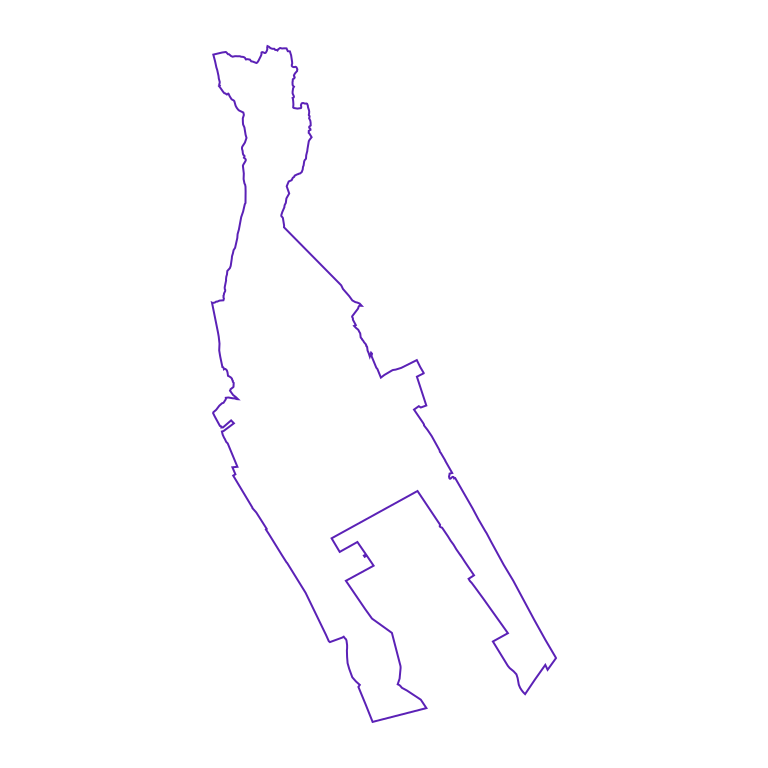 Pietroasele, Buzau, Romania (Albers equal-area conic projection)
{"feature_id": "2599482B21343855806464", "entity_name": "Pietroasele", "entity_type": "district", "adm_level": 2, "iso_a3": "ROU", "parent_name": "Romania", "parent_adm1": "Buzau", "projection": "albers", "projection_center": [26.589, 45.1], "detail": "fine", "context": "isolated", "style": "outline", "palette": "violet", "viewbox_px": 768, "rotation_deg": 0, "n_neighbors": 0, "source": "geoboundaries", "source_scale": "gbopen_adm2", "svg_char_len": 6017}
<svg xmlns="http://www.w3.org/2000/svg" viewBox="0 0 768 768"><path d="M547.6,669.8L556.0,658.1L555.8,657.6L545.4,639.9L534.1,619.6L513.2,580.6L503.7,564.8L491.3,542.1L486.6,533.2L485.2,531.0L478.4,519.3L472.6,508.4L455.2,478.1L454.1,478.4L453.9,477.5L453.4,477.0L452.5,476.9L450.4,478.7L449.8,478.7L449.3,478.0L449.0,476.2L449.3,475.8L449.6,473.6L452.2,473.0L445.3,460.9L445.3,460.6L440.7,452.8L439.9,451.9L439.5,450.2L431.7,436.1L427.5,429.9L424.0,425.4L424.0,424.5L423.0,422.8L414.0,409.6L418.8,406.2L420.8,407.5L426.3,405.5L416.9,376.7L423.7,373.3L423.7,373.0L420.2,367.0L416.8,360.1L401.2,367.9L395.7,369.6L393.0,370.0L391.9,370.5L384.3,375.0L380.9,377.6L377.4,369.0L376.3,367.7L371.5,356.0L372.0,353.7L371.1,352.7L369.8,356.6L368.6,352.9L367.6,350.7L367.1,346.9L366.4,346.3L366.4,345.5L366.1,345.3L365.9,344.4L364.1,342.3L363.1,340.6L362.0,339.4L362.0,339.0L360.7,337.5L360.2,333.3L359.5,332.2L358.2,329.7L356.1,328.0L354.1,325.9L355.8,325.1L352.9,319.7L352.9,318.3L352.1,316.8L352.3,316.1L358.1,308.5L358.5,307.0L358.9,306.3L359.5,305.7L361.7,305.8L359.7,303.6L357.4,302.6L355.3,302.1L352.3,300.4L349.2,296.1L343.0,289.0L341.2,285.3L284.0,227.3L284.1,225.5L282.9,218.0L282.3,217.1L281.5,216.4L281.3,215.6L281.4,214.8L282.3,212.0L284.4,207.2L284.4,206.3L284.7,205.0L285.8,202.9L286.4,198.4L289.2,193.5L286.7,186.3L288.7,181.5L291.6,180.2L292.8,177.8L294.2,176.8L294.7,175.6L297.6,174.2L298.3,174.1L299.1,173.6L300.0,173.5L301.7,172.1L302.7,169.5L303.0,166.9L303.6,165.5L304.2,161.3L304.8,160.0L305.7,159.1L306.0,158.5L306.2,155.3L307.0,152.0L307.2,151.5L307.5,148.9L308.8,141.2L309.5,139.9L311.6,137.2L309.5,133.7L308.7,132.9L308.8,130.8L310.5,129.8L310.3,128.8L309.2,127.7L309.2,127.1L309.3,126.6L310.7,125.5L310.6,122.7L310.3,120.7L309.1,118.2L309.5,117.2L309.6,116.3L309.4,115.8L308.9,115.4L308.8,114.8L309.1,113.5L309.2,111.5L309.0,110.3L308.0,107.2L307.8,105.5L307.1,103.8L306.5,103.5L305.0,103.6L303.1,103.0L302.2,103.1L301.6,103.5L300.9,105.2L301.2,106.2L301.2,107.6L300.9,108.1L297.4,108.6L293.9,108.0L293.2,107.5L293.4,104.3L293.2,101.2L293.0,99.4L292.6,98.0L293.4,97.7L293.8,97.2L293.9,96.4L292.6,93.4L292.6,91.8L293.1,88.2L294.0,86.7L293.1,85.9L292.6,84.9L292.5,82.0L292.8,80.9L292.7,80.0L292.9,79.2L294.3,78.3L294.7,77.2L294.2,76.7L293.9,75.3L294.3,74.9L294.4,74.4L295.0,73.4L297.1,71.0L297.2,69.3L297.3,69.2L296.5,67.4L296.0,67.0L295.5,66.8L294.2,67.1L293.6,67.1L292.5,66.7L291.8,65.9L291.8,64.7L292.2,63.6L292.1,61.9L291.1,55.2L290.7,54.1L289.9,51.4L287.8,51.2L286.5,48.4L284.5,48.3L282.1,48.5L280.1,48.0L278.2,49.3L277.5,50.5L276.7,50.0L275.2,49.9L274.3,48.8L272.5,48.8L271.1,48.4L269.7,47.6L269.4,47.1L268.8,46.7L267.5,46.1L267.2,47.3L267.3,49.3L266.7,51.1L266.0,52.3L265.5,52.9L264.7,53.0L262.8,52.2L262.2,52.1L261.5,52.5L261.4,54.7L260.9,55.9L258.5,60.7L257.3,62.5L256.4,63.0L252.8,61.6L251.2,61.3L249.9,59.6L247.6,59.2L246.6,59.2L246.0,59.5L245.6,59.1L245.1,58.0L244.4,57.4L243.1,56.9L240.9,56.7L240.1,56.3L235.0,56.2L232.6,56.7L231.0,56.0L229.1,54.3L228.0,54.2L226.5,52.5L225.8,52.0L222.2,52.5L213.3,54.6L215.1,61.4L216.4,67.5L217.2,69.9L218.5,75.9L218.8,78.5L219.7,81.8L219.7,83.0L219.2,84.4L219.3,84.8L219.8,85.5L219.0,86.1L220.2,87.6L222.9,91.5L224.3,93.2L225.3,93.4L226.8,94.5L227.4,94.3L228.2,93.6L228.6,93.9L229.7,96.3L231.6,99.3L233.6,100.4L234.3,101.1L235.6,105.7L236.6,107.6L238.0,109.5L239.1,110.5L243.3,112.5L243.8,114.4L243.8,115.2L242.8,118.3L242.9,122.2L243.1,124.5L244.4,127.4L245.6,134.8L246.5,137.9L244.9,142.6L242.3,146.6L242.0,147.6L242.0,148.9L242.6,150.9L242.8,152.9L243.1,154.3L243.5,155.0L244.4,155.7L244.5,156.4L243.9,157.7L245.3,158.8L245.7,159.5L245.8,160.1L245.4,161.2L243.3,164.7L242.9,165.8L243.8,173.5L243.6,179.1L244.5,183.6L245.1,184.6L245.5,186.7L245.6,191.4L245.5,203.0L244.8,204.2L243.1,211.6L241.2,217.1L238.9,229.5L237.6,234.1L237.3,238.0L235.1,247.8L233.6,250.1L232.9,253.4L232.0,256.3L231.8,258.6L230.7,265.9L229.9,268.1L227.3,271.0L227.0,274.4L226.3,276.7L226.0,279.4L226.1,280.4L224.7,287.3L224.8,289.1L225.2,289.8L225.2,291.0L224.0,293.5L223.9,294.8L223.4,295.9L223.6,296.6L223.5,297.7L223.9,298.4L223.7,299.4L223.4,300.3L219.5,300.6L217.3,301.6L216.2,301.6L215.1,302.4L213.8,302.8L212.4,302.9L212.0,302.7L218.0,332.5L218.7,336.5L219.5,343.6L219.2,350.4L220.2,356.5L222.4,367.0L222.8,367.0L223.5,367.7L223.9,369.3L224.5,368.9L225.4,369.0L226.4,369.8L226.9,370.5L227.5,372.4L228.0,375.8L229.4,376.5L230.9,377.5L231.9,378.6L232.1,379.7L232.8,380.6L232.8,381.7L233.7,382.9L233.5,386.8L233.2,387.2L230.6,389.2L230.4,390.0L230.0,390.7L233.1,395.0L235.8,397.1L238.0,399.2L236.8,399.1L234.2,398.3L232.8,398.3L228.4,397.5L225.8,397.8L225.9,398.8L225.6,399.6L223.5,402.8L222.0,403.3L219.3,405.7L216.2,409.8L213.4,412.2L213.1,413.1L214.6,416.2L219.9,425.9L221.4,426.5L221.5,426.7L221.4,427.5L223.0,427.4L231.1,420.4L233.9,423.3L223.6,431.0L221.9,431.5L222.7,434.7L224.1,437.8L224.8,438.9L226.2,441.9L227.7,443.4L237.4,466.8L232.4,467.3L235.4,474.3L233.2,475.6L252.4,507.6L252.4,508.1L256.3,512.5L266.7,528.9L265.9,529.5L268.8,533.9L281.9,555.1L286.6,562.5L287.1,562.9L305.6,592.8L325.9,634.7L328.8,641.2L329.9,642.1L342.2,637.6L343.7,636.7L345.0,638.4L346.0,639.3L346.5,640.6L347.1,645.1L347.1,648.2L346.9,650.3L347.1,657.0L347.6,663.2L349.2,668.8L352.3,677.3L356.0,681.5L359.8,684.9L358.4,686.9L365.7,704.6L372.6,721.9L426.4,708.1L420.8,699.7L406.9,690.5L401.9,687.8L400.4,686.0L399.4,685.1L397.7,684.3L399.6,678.6L400.6,667.9L400.5,666.1L391.9,632.9L372.0,618.6L365.3,609.3L345.9,580.8L373.6,565.7L366.7,555.5L364.7,556.8L363.9,555.6L366.0,554.5L357.4,542.0L339.7,551.9L331.6,538.3L417.5,491.0L440.1,524.8L440.0,525.4L439.7,526.0L439.8,526.5L440.5,527.1L442.1,527.7L448.0,536.4L450.7,540.8L453.5,544.6L456.3,549.3L460.6,555.5L460.7,555.4L464.7,561.6L474.0,575.3L468.6,578.8L469.9,581.0L471.7,582.9L475.0,587.3L482.9,598.1L507.9,633.2L492.9,641.5L507.8,665.8L509.7,668.1L513.5,671.2L516.4,674.3L517.6,678.0L518.8,684.7L520.1,687.8L521.7,690.3L523.3,692.3L525.1,694.1L534.9,679.6L545.3,664.9L547.6,669.8Z" fill="none" stroke="#5b21b6" stroke-width="2"/></svg>